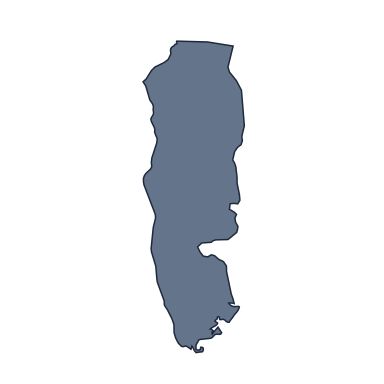 map outline of Mtwara (orthographic projection), rotated 108°
{"feature_id": "TZA-3388", "entity_name": "Mtwara", "entity_type": "Region", "adm_level": 1, "iso_a3": "TZA", "parent_name": "United Republic of Tanzania", "parent_adm1": "", "projection": "orthographic", "projection_center": [39.572, -10.772], "detail": "fine", "context": "isolated", "style": "filled", "palette": "slate", "viewbox_px": 384, "rotation_deg": 108, "n_neighbors": 0, "source": "natural_earth", "source_scale": "10m", "svg_char_len": 2569}
<svg xmlns="http://www.w3.org/2000/svg" viewBox="0 0 384 384"><g transform="rotate(108 192 192)"><path d="M341.9,154.7L339.9,158.4L336.0,162.3L331.5,165.5L323.5,168.3L318.9,171.8L311.6,179.0L309.2,182.1L307.8,183.5L304.3,184.7L288.9,196.8L286.6,198.1L273.8,203.5L261.5,212.0L258.4,213.4L237.7,217.9L228.2,218.6L226.1,219.3L224.1,220.4L200.0,239.9L197.1,241.4L194.0,242.4L190.8,242.3L188.2,241.4L183.2,238.6L180.3,238.1L176.5,239.8L172.2,240.7L156.1,240.7L152.0,241.6L148.7,244.5L146.5,246.1L143.9,246.7L142.3,247.8L137.4,252.5L135.2,253.7L133.8,253.6L131.2,253.0L129.7,252.8L128.4,253.1L125.9,254.3L122.2,255.3L120.2,257.0L117.5,260.5L105.4,268.8L102.3,272.6L98.7,270.5L88.9,268.1L84.5,265.8L77.7,258.7L73.3,255.6L67.6,254.8L66.4,255.1L63.7,256.3L62.2,256.5L60.8,256.1L58.4,254.3L57.2,253.9L56.8,253.7L56.1,252.6L55.9,252.2L55.1,252.3L54.5,252.6L54.1,252.9L54.1,253.1L53.2,253.1L44.5,223.5L40.5,198.0L62.1,196.4L66.4,193.4L72.4,184.2L80.0,176.4L112.8,162.7L123.8,161.8L127.7,159.9L131.9,160.0L135.5,162.5L140.3,163.9L148.9,163.2L151.2,160.6L154.5,158.1L164.1,153.7L169.8,151.8L180.0,146.0L185.0,143.9L189.1,144.8L189.9,148.7L191.4,152.1L196.9,151.0L198.1,145.7L199.5,142.8L203.5,143.1L207.3,141.2L210.5,137.7L213.6,137.1L216.6,137.0L226.1,143.1L230.2,154.6L231.9,156.9L233.9,158.2L237.5,167.0L242.5,169.7L246.6,165.8L249.5,161.4L248.8,156.9L245.7,154.2L245.6,150.8L247.7,146.0L248.5,140.6L251.7,136.4L256.9,134.6L276.8,123.2L281.1,119.9L285.1,117.4L285.1,119.0L286.2,122.8L287.4,121.3L288.1,119.2L288.1,117.0L287.5,115.1L286.4,112.6L286.6,111.5L288.1,111.4L290.5,111.7L292.3,112.3L296.1,113.9L298.5,114.5L303.4,116.3L304.0,116.2L304.4,116.4L304.8,117.7L304.6,119.4L303.7,121.0L303.4,122.9L304.4,125.0L304.7,126.2L303.8,126.8L302.6,127.3L302.3,128.1L302.9,129.1L303.5,129.2L304.2,128.9L304.8,128.8L306.8,130.1L307.8,130.3L308.2,129.3L308.3,128.0L308.7,127.2L309.5,127.1L310.8,127.6L312.3,128.7L315.1,131.3L316.7,132.3L316.6,131.2L316.8,130.4L317.2,129.7L317.5,128.8L318.5,129.5L319.2,129.7L320.0,129.5L320.9,128.8L318.9,128.2L312.5,125.5L316.7,120.3L318.3,120.8L319.0,122.2L319.4,124.0L320.0,125.5L321.1,126.4L323.9,127.7L325.2,128.8L325.8,130.0L329.8,138.9L331.0,140.1L331.4,139.9L335.5,140.7L336.1,140.9L340.1,139.8L340.7,137.3L339.2,135.4L337.0,135.8L336.5,134.3L336.9,133.2L338.0,132.6L339.6,132.4L340.7,132.8L341.3,133.8L341.7,135.1L342.4,136.2L343.5,138.5L342.3,140.5L340.3,142.4L338.7,144.4L339.5,144.3L341.1,144.4L341.9,144.4L340.6,148.6L340.4,150.0L340.7,151.0L341.4,151.9L342.0,153.1L341.9,154.7Z" fill="#64748b" stroke="#1e293b" stroke-width="1.5"/></g></svg>